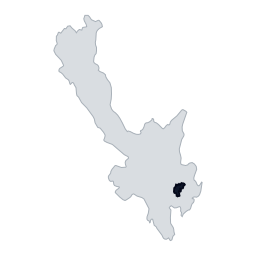 Nalae, Louang Namtha, Laos shown in context, rotated 180°
{"feature_id": "54806243B58985543260774", "entity_name": "Nalae", "entity_type": "district", "adm_level": 2, "iso_a3": "LAO", "parent_name": "Laos", "parent_adm1": "Louang Namtha", "projection": "equal_earth", "projection_center": [101.371, 20.533], "detail": "fine", "context": "in_parent", "style": "filled", "palette": "ink", "viewbox_px": 256, "rotation_deg": 180, "n_neighbors": 0, "source": "geoboundaries", "source_scale": "gbopen_adm2", "svg_char_len": 6028}
<svg xmlns="http://www.w3.org/2000/svg" viewBox="0 0 256 256"><g transform="rotate(180 128 128)"><path d="M92.9,18.4L94.0,20.8L99.0,27.5L99.9,29.3L101.8,30.7L103.3,36.6L104.0,37.0L104.8,36.6L105.4,35.7L105.9,33.4L106.3,33.2L106.9,35.1L108.3,35.7L108.9,36.5L109.1,37.9L108.9,39.4L107.7,42.7L107.0,47.3L112.0,57.0L114.0,58.4L118.9,59.9L122.3,62.1L123.8,61.6L125.3,59.2L127.1,57.8L130.4,55.7L131.3,55.6L133.1,56.4L136.2,58.9L140.7,63.4L140.6,64.6L139.8,65.8L137.3,67.6L136.6,68.8L137.0,69.2L139.1,69.5L141.5,70.5L142.2,71.7L142.6,74.4L143.1,74.9L145.3,74.6L146.0,75.0L146.8,75.9L147.6,78.1L147.6,79.8L145.4,82.8L145.1,84.6L144.0,86.7L141.0,90.3L140.2,90.5L134.6,88.5L130.2,88.8L129.8,89.5L130.6,91.7L130.8,93.8L130.1,95.5L127.6,97.6L127.5,98.5L128.0,99.4L131.7,101.3L143.7,111.6L149.1,113.6L151.5,114.9L152.1,115.6L152.1,116.5L151.5,117.7L151.0,119.7L150.9,120.9L151.5,122.1L152.5,123.8L155.8,127.8L158.3,128.7L160.9,133.2L161.7,137.1L163.0,139.6L169.2,148.1L174.4,153.4L177.5,159.0L179.0,160.3L179.5,162.3L180.0,168.3L181.8,171.3L182.2,172.5L183.0,173.4L183.8,173.5L185.6,171.6L186.0,171.9L186.9,175.0L187.6,176.2L190.4,178.1L193.3,181.9L194.9,183.3L196.9,184.4L197.1,185.6L196.8,186.8L196.2,187.6L192.8,189.8L192.4,190.7L194.7,195.6L200.3,201.6L202.1,205.2L201.8,207.0L200.3,210.5L199.1,211.4L198.8,212.5L199.7,215.4L199.6,219.8L198.6,220.9L197.6,223.6L196.9,223.8L195.2,222.8L191.6,227.5L190.1,227.2L188.3,229.8L185.9,230.2L184.3,228.2L180.8,225.1L179.6,223.2L178.5,224.9L176.7,226.5L174.2,225.9L173.5,228.2L173.0,228.6L169.9,229.1L169.3,229.4L169.8,231.6L171.7,235.2L172.2,237.2L171.1,240.6L167.9,240.6L166.5,239.2L164.6,236.3L160.5,234.4L157.8,235.7L156.9,235.6L154.9,233.2L154.1,231.7L153.6,229.3L156.7,227.5L158.3,226.0L159.3,224.5L159.8,222.9L160.2,216.1L160.7,213.8L160.4,210.9L159.5,208.6L159.5,205.2L159.9,202.4L161.1,201.0L161.9,199.0L162.4,194.6L162.0,193.4L160.8,192.3L158.8,191.3L157.6,190.0L157.1,188.4L157.1,187.0L157.7,185.8L156.2,184.5L152.6,183.0L150.6,181.3L150.2,179.2L148.7,176.5L146.1,173.2L144.7,168.4L144.5,162.1L144.8,157.0L145.9,151.2L144.4,146.9L142.7,144.7L140.4,143.0L138.2,140.7L136.1,137.6L133.6,133.0L130.7,127.0L128.7,124.4L127.8,125.0L125.7,124.4L122.5,122.7L119.7,121.7L117.3,121.6L115.8,122.0L115.1,122.9L115.0,123.8L115.6,124.7L115.3,125.4L114.1,125.9L113.1,126.9L112.0,129.1L111.2,132.0L110.0,133.1L108.2,133.3L106.4,134.2L104.7,135.6L103.9,136.6L103.9,137.4L103.6,137.5L102.7,137.1L102.3,136.2L102.3,134.7L101.4,133.7L99.6,133.1L97.5,131.5L93.5,127.4L92.6,127.2L91.3,128.3L89.6,130.6L88.2,131.5L87.1,131.0L86.2,131.9L85.6,134.0L84.5,135.6L79.1,140.1L74.3,145.9L73.1,146.4L70.2,144.8L69.2,143.7L73.3,131.9L73.9,129.0L73.7,125.2L72.0,122.0L72.0,121.1L72.2,120.1L74.3,116.5L76.7,107.1L76.5,104.1L75.5,100.9L74.9,97.9L75.4,93.7L75.2,92.1L74.1,91.3L70.4,90.5L68.3,91.1L67.3,92.3L66.1,93.0L63.8,93.4L61.6,92.0L59.8,89.6L59.3,86.7L61.6,80.4L62.2,78.0L62.1,76.8L61.7,75.6L61.2,75.5L60.0,74.0L58.9,71.4L57.8,70.2L56.8,70.4L55.9,71.4L54.4,73.9L53.9,73.6L55.2,64.9L56.5,61.2L58.0,59.5L59.6,58.8L61.3,59.1L62.7,58.8L63.8,57.9L63.7,57.3L62.4,57.2L61.8,56.2L62.1,54.4L62.7,53.2L63.6,52.7L64.5,50.8L65.4,47.7L66.4,46.1L67.6,46.0L69.7,44.7L72.7,42.0L73.8,39.4L74.9,40.6L74.5,43.6L75.1,44.2L75.4,45.3L75.2,47.0L75.5,48.4L75.9,49.1L76.6,49.4L79.7,48.2L81.6,48.1L84.8,50.3L86.6,48.7L86.7,48.1L85.1,46.0L85.6,38.4L85.4,32.7L82.8,28.5L82.3,26.8L82.0,24.0L81.3,21.6L83.1,19.7L84.1,16.2L85.4,15.4L85.8,15.5L87.4,18.1L89.4,16.8L90.9,16.8L92.2,17.5L92.9,18.4Z" fill="#d9dde1" stroke="#a8b0b8" stroke-width="1"/><path d="M81.9,67.3L82.0,67.1L82.0,66.7L82.1,66.3L82.0,66.0L81.7,65.6L81.7,65.4L81.8,65.4L82.0,65.3L82.2,65.2L82.2,64.9L82.2,64.7L82.2,64.4L82.2,64.1L81.9,64.0L81.8,63.9L81.8,63.6L81.8,63.4L81.7,63.2L81.6,62.9L81.4,62.9L81.2,62.9L80.4,62.9L80.3,63.0L80.1,63.1L80.0,62.7L79.9,62.4L79.9,62.0L79.7,61.9L79.6,61.6L79.4,61.5L79.5,61.2L79.4,61.1L79.2,61.0L79.2,60.9L79.3,60.8L79.5,60.6L79.6,60.4L79.6,60.1L79.4,60.0L79.2,60.1L79.2,59.9L78.9,59.8L78.8,59.7L78.7,59.8L78.3,59.9L78.2,59.9L78.1,59.7L78.0,59.8L77.9,59.8L77.7,59.7L77.4,59.8L77.3,60.0L77.2,60.0L77.0,59.9L76.9,60.0L76.8,59.9L76.5,60.0L76.4,60.0L76.3,60.3L76.3,60.6L76.4,60.8L76.6,61.5L76.6,61.9L76.6,62.4L76.7,62.6L76.8,62.9L76.9,63.1L77.2,63.5L77.4,64.1L77.4,64.4L77.4,64.6L77.2,64.6L76.8,64.7L76.7,64.9L76.7,65.0L76.5,64.9L76.4,64.8L76.4,64.7L76.2,64.7L76.0,64.8L76.0,64.6L75.9,64.4L75.8,64.2L75.7,64.2L75.7,64.3L75.4,64.3L75.2,64.6L75.1,64.8L74.9,65.1L74.9,65.3L75.0,65.5L75.1,65.4L75.2,65.5L75.3,65.7L75.3,65.8L75.3,66.0L75.2,66.1L75.3,66.2L75.4,66.3L75.6,66.3L75.8,66.7L75.6,66.7L75.6,66.8L75.5,66.7L75.2,66.9L75.2,67.0L75.1,66.9L75.0,66.7L74.9,66.8L74.7,67.0L74.0,67.2L73.9,67.3L73.8,67.6L73.6,67.9L73.5,68.1L73.4,68.1L73.2,68.4L73.0,68.5L72.9,68.4L72.9,68.5L72.7,68.6L72.7,68.8L72.6,69.0L72.6,69.3L72.9,69.5L72.8,69.8L72.7,70.0L72.8,70.2L72.7,70.3L72.5,70.5L72.3,70.4L72.2,70.2L72.0,70.3L71.8,70.4L71.8,70.5L71.7,70.6L71.4,70.9L71.3,71.0L71.2,71.0L71.0,71.5L71.3,71.8L71.5,72.0L71.6,72.3L71.8,72.4L72.1,72.5L72.4,72.8L72.5,72.8L72.7,72.7L72.9,72.7L73.1,72.5L73.3,72.7L73.4,72.8L73.5,72.9L73.9,72.8L74.1,72.7L74.3,72.6L74.4,73.0L74.6,73.1L74.7,72.8L74.8,72.8L74.9,72.7L75.0,72.6L75.1,72.4L75.3,72.2L75.3,71.9L75.5,71.7L75.5,71.8L75.6,71.7L75.6,71.8L75.7,71.7L75.7,71.8L75.7,71.7L75.8,71.8L76.0,71.8L76.0,71.7L76.2,71.8L76.3,71.7L76.2,71.7L76.3,71.7L76.3,71.8L76.4,72.0L76.5,71.9L76.8,71.7L77.0,71.7L77.3,71.5L77.5,71.6L77.7,71.4L77.7,71.5L77.7,71.4L77.8,71.4L77.8,71.5L77.9,71.4L77.9,71.5L78.0,71.4L78.0,71.5L78.0,71.4L78.3,71.4L78.3,71.5L78.3,71.4L78.4,71.5L78.5,71.5L78.4,71.4L78.5,71.4L78.4,71.4L78.5,71.3L78.7,71.2L78.8,71.1L79.0,71.2L79.3,71.0L79.4,70.9L79.5,70.8L79.5,70.7L79.5,70.8L79.8,70.8L79.8,70.7L79.9,70.8L79.9,70.7L79.9,70.8L80.0,70.8L80.0,70.7L80.1,70.8L80.1,70.7L80.3,70.6L80.3,70.4L80.5,69.8L80.6,69.7L80.7,69.4L80.8,69.3L80.8,69.1L80.9,68.9L81.0,68.7L80.9,68.4L81.0,68.4L81.2,68.2L81.2,68.3L81.3,68.2L81.5,68.2L81.7,68.3L81.8,68.2L82.0,67.9L81.9,67.6L81.9,67.3Z" fill="#0f172a" stroke="#020617" stroke-width="1.5"/></g></svg>